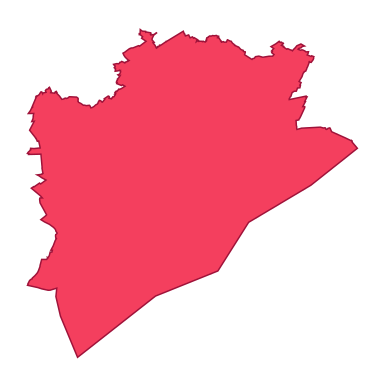 Waadhoeke, Friesland, Netherlands (Robinson projection), rotated 179°
{"feature_id": "6326949B95625047897274", "entity_name": "Waadhoeke", "entity_type": "district", "adm_level": 2, "iso_a3": "NLD", "parent_name": "Netherlands", "parent_adm1": "Friesland", "projection": "robinson", "projection_center": [5.61, 53.246], "detail": "fine", "context": "isolated", "style": "filled", "palette": "rose", "viewbox_px": 384, "rotation_deg": 179, "n_neighbors": 0, "source": "geoboundaries", "source_scale": "gbopen_adm2", "svg_char_len": 6010}
<svg xmlns="http://www.w3.org/2000/svg" viewBox="0 0 384 384"><g transform="rotate(179 192 192)"><path d="M230.3,88.6L167.5,112.6L135.9,160.7L73.0,196.7L25.9,232.8L31.1,239.2L30.9,240.1L31.7,240.8L31.9,240.5L37.9,243.5L51.1,249.7L51.5,250.2L52.8,253.4L53.1,253.7L54.9,253.3L55.5,252.6L56.6,252.2L57.0,252.4L57.3,253.4L57.8,253.9L59.5,253.7L62.5,254.6L81.4,253.9L86.0,252.7L86.2,253.3L86.2,255.9L86.5,256.5L86.7,261.7L84.0,262.2L84.0,262.6L83.2,263.5L81.9,265.9L78.0,274.0L77.7,275.1L77.8,275.4L79.8,275.4L77.0,280.4L77.7,280.5L75.3,285.1L76.3,285.1L76.1,285.4L76.2,285.9L93.2,282.7L93.2,283.4L92.1,285.4L91.5,285.8L90.1,289.8L88.8,290.4L88.2,290.9L85.9,291.0L84.7,294.1L82.3,294.3L81.7,296.8L82.3,297.0L81.0,299.5L83.0,300.6L80.0,305.4L78.9,308.6L77.8,309.9L77.9,310.0L76.5,311.0L76.2,310.9L75.1,313.2L75.0,313.9L74.2,315.3L72.7,319.1L72.7,320.0L72.5,320.3L71.7,319.7L70.6,319.5L68.5,322.2L68.0,323.6L68.1,324.7L67.8,325.2L70.0,326.1L70.5,325.5L74.4,327.0L73.5,328.6L73.1,330.2L75.6,330.1L76.6,331.0L78.8,332.1L79.9,332.2L80.8,331.8L83.4,332.8L83.0,333.6L80.4,334.3L79.1,335.6L77.0,336.0L80.5,338.1L84.6,336.4L86.3,334.4L88.1,332.7L89.1,331.4L90.3,332.2L91.0,332.3L93.7,333.6L94.7,333.1L98.0,335.4L97.6,335.8L97.9,336.2L100.0,337.0L99.2,337.9L98.0,338.8L98.1,339.2L99.4,339.6L99.8,340.2L100.4,339.9L101.9,340.4L101.8,340.9L102.2,341.2L105.6,338.7L110.5,336.0L107.8,334.0L110.0,331.6L109.2,331.2L109.9,329.9L107.6,328.0L109.0,326.4L112.7,326.4L118.8,325.5L122.8,326.7L126.2,326.2L127.4,324.6L128.9,324.3L129.7,323.5L136.7,328.1L137.0,328.7L136.3,330.4L136.4,331.3L138.1,331.5L138.3,332.0L138.2,332.5L138.4,332.8L140.0,333.3L140.9,333.9L142.9,336.2L144.0,336.4L144.5,336.9L146.6,337.7L146.6,338.2L147.1,338.3L147.5,339.0L148.5,339.7L149.4,340.7L150.1,342.0L151.4,342.3L153.8,343.6L154.0,343.5L155.0,341.3L157.2,341.2L157.9,341.8L159.8,341.3L159.8,341.6L160.4,342.1L160.1,342.3L161.6,344.2L162.1,345.4L163.6,345.8L163.0,346.3L162.6,347.2L164.7,347.8L164.9,348.1L167.2,347.8L168.6,348.1L170.4,347.4L171.3,347.8L173.0,346.9L173.2,346.3L174.5,345.9L175.1,344.0L174.7,344.0L174.8,343.2L174.9,342.8L175.5,342.9L175.9,341.8L176.8,341.9L178.3,342.6L178.7,342.1L180.1,342.6L182.7,342.5L182.7,343.2L183.4,343.3L185.0,342.2L184.6,343.5L183.8,344.2L187.0,346.2L187.8,345.8L188.8,347.1L191.2,346.2L192.6,349.1L195.9,348.2L196.6,350.2L196.9,350.2L197.9,352.9L214.3,343.3L215.2,343.1L215.2,342.7L215.5,342.7L219.7,339.9L219.9,340.2L219.8,339.9L220.6,339.4L221.6,339.4L221.4,338.9L223.3,338.2L223.1,338.0L224.3,337.5L224.0,337.1L225.1,336.5L226.4,339.3L228.4,341.9L227.2,342.3L229.3,344.8L229.1,346.3L227.5,349.5L224.7,351.6L224.9,351.8L227.5,349.9L228.0,350.1L230.4,349.7L230.8,350.2L230.2,351.4L230.5,351.9L234.7,352.7L235.4,352.5L235.5,353.4L238.9,353.7L240.9,355.3L241.1,351.3L242.0,351.3L242.0,350.2L240.9,350.1L238.7,348.1L239.7,346.6L235.3,343.5L241.9,338.7L242.5,339.2L243.0,339.2L248.6,337.1L249.9,337.1L251.1,336.8L251.1,336.6L252.2,336.3L257.0,332.8L258.6,332.0L257.7,329.9L256.4,327.9L253.6,325.1L252.7,324.6L253.2,324.3L253.5,324.5L254.1,324.1L253.9,323.8L254.1,323.7L256.4,323.0L256.4,322.5L257.3,322.3L258.1,322.9L260.0,323.8L261.0,323.0L261.9,322.9L262.0,322.4L263.1,321.5L265.0,321.7L268.2,321.0L267.6,320.1L266.6,319.2L266.7,318.4L267.3,318.1L267.6,317.6L266.3,316.5L266.6,315.5L266.4,315.3L266.7,314.1L263.9,314.4L262.3,315.0L262.1,314.5L261.4,314.7L261.5,313.9L261.2,313.4L262.0,311.8L262.0,311.2L264.1,310.5L262.6,309.0L262.1,309.2L262.9,307.9L264.5,306.3L264.3,306.2L264.3,305.8L264.8,304.8L265.3,304.4L265.7,303.1L264.9,302.8L265.4,301.7L260.6,299.7L259.6,300.4L257.2,298.9L260.9,296.6L262.8,295.9L263.3,296.2L265.4,293.8L266.0,294.2L267.3,292.9L266.7,292.3L267.5,291.4L266.7,291.3L266.8,291.0L268.4,288.6L269.6,288.5L269.9,287.6L270.7,287.3L270.9,286.6L273.3,287.2L273.0,287.9L273.2,288.1L273.0,288.5L273.2,289.0L274.1,289.4L278.1,286.8L277.6,286.2L280.0,283.4L280.5,283.5L281.4,284.6L282.8,285.3L283.3,285.1L283.5,284.3L284.3,283.4L284.5,282.3L285.0,281.7L286.9,280.7L288.4,279.3L290.3,278.2L291.7,277.9L292.3,279.6L293.1,280.5L296.3,280.2L297.8,280.7L299.0,280.6L301.6,282.5L303.8,283.6L304.4,284.6L304.2,284.8L304.4,285.8L304.1,287.0L304.4,287.9L305.7,288.9L313.0,289.4L314.7,288.0L316.2,287.7L316.6,288.1L318.1,287.8L318.4,287.3L320.5,286.9L322.8,290.2L325.9,293.5L325.3,293.8L326.0,295.0L327.1,294.4L327.7,293.2L331.6,293.8L330.9,295.2L332.7,299.2L333.5,298.7L333.9,297.8L334.6,297.4L335.8,297.2L336.3,296.7L336.6,296.0L336.8,295.9L336.2,294.2L339.4,293.6L339.6,292.9L340.5,294.7L341.5,294.6L343.1,292.0L345.3,290.5L345.5,290.8L346.2,290.5L346.5,289.9L346.0,289.8L350.6,279.4L350.0,279.4L350.1,279.2L350.8,278.9L352.1,276.3L354.2,273.5L353.7,273.4L353.8,273.3L348.9,273.3L349.5,270.6L349.3,270.4L349.8,267.8L351.0,265.2L348.5,265.5L353.3,256.6L349.6,251.7L348.2,249.9L347.1,248.1L346.9,248.2L345.8,245.4L344.4,245.6L343.0,238.7L349.3,238.2L352.6,238.5L352.7,237.8L352.6,237.7L352.9,237.1L352.6,236.9L355.1,234.6L355.9,233.4L354.1,232.9L354.4,232.4L342.4,232.5L341.4,218.8L341.6,218.6L340.7,213.1L341.9,212.6L341.7,212.5L341.8,212.3L346.5,211.8L344.6,210.8L342.2,209.0L337.8,206.5L343.2,202.7L344.3,203.6L350.0,199.8L350.3,200.1L352.6,198.6L343.5,190.7L341.8,188.7L344.0,188.7L344.3,188.5L344.5,187.2L344.1,183.7L337.8,171.7L338.3,171.1L343.6,167.0L339.9,164.6L335.2,162.2L331.0,159.0L329.5,157.3L329.0,156.3L328.7,155.0L327.8,153.8L327.6,153.1L328.1,152.4L329.0,151.8L329.2,150.6L329.1,149.1L328.4,147.8L329.0,147.5L328.9,147.0L329.6,145.9L331.7,140.6L334.1,136.3L332.6,136.2L333.2,134.3L335.5,134.5L334.8,134.2L334.9,133.9L335.1,134.0L335.0,133.9L335.8,130.9L336.6,129.7L336.7,129.8L336.6,129.7L337.1,128.8L337.3,128.9L337.2,128.7L337.6,128.5L337.5,128.4L338.5,127.1L343.5,127.2L345.2,121.2L345.3,120.1L346.9,116.0L347.7,114.4L348.5,113.3L350.5,111.1L353.2,108.7L353.3,108.0L354.2,107.7L355.9,106.4L357.7,103.0L357.5,102.7L358.1,101.6L347.7,99.1L344.0,97.8L337.6,96.3L335.6,96.3L328.9,98.2L329.9,89.8L325.7,70.2L309.3,28.7L230.3,88.6Z" fill="#f43f5e" stroke="#9f1239" stroke-width="1.5"/></g></svg>